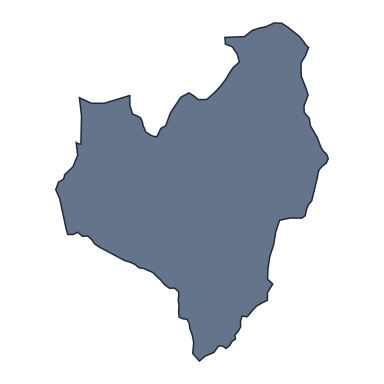 outline of Anurādhapura
{"feature_id": "LKA-2455", "entity_name": "Anurādhapura", "entity_type": "District", "adm_level": 1, "iso_a3": "LKA", "parent_name": "Sri Lanka", "parent_adm1": "", "projection": "natural_earth1", "projection_center": [80.531, 8.366], "detail": "fine", "context": "isolated", "style": "filled", "palette": "slate", "viewbox_px": 384, "rotation_deg": 0, "n_neighbors": 0, "source": "natural_earth", "source_scale": "10m", "svg_char_len": 1817}
<svg xmlns="http://www.w3.org/2000/svg" viewBox="0 0 384 384"><path d="M311.7,200.9L308.2,205.0L306.3,210.4L305.2,215.7L301.8,218.1L290.1,218.0L279.6,220.3L275.7,232.1L273.6,244.9L269.8,256.5L268.0,268.5L267.5,279.2L272.8,284.0L267.6,292.3L267.3,300.4L261.8,303.0L256.8,305.9L253.3,309.4L248.2,315.6L246.7,316.9L244.7,316.3L242.0,316.3L240.5,321.2L240.6,326.9L238.1,331.4L234.7,335.4L235.3,336.8L235.4,339.0L233.7,340.2L231.9,341.6L229.9,345.3L226.0,348.5L222.8,346.1L218.6,345.9L213.9,352.4L205.0,356.2L199.4,361.0L192.7,353.5L193.7,342.9L192.4,335.6L189.9,328.5L189.2,323.4L187.0,319.2L182.8,318.8L179.1,317.0L178.6,311.7L179.0,306.1L178.2,299.6L178.7,295.7L178.6,291.8L174.6,288.1L169.6,288.3L164.8,284.9L160.5,279.8L152.6,272.4L143.8,268.5L138.9,267.7L135.0,264.4L129.9,262.1L124.7,260.6L100.4,247.7L94.7,244.0L91.7,239.6L87.8,236.0L82.5,236.3L77.7,232.2L73.3,234.5L67.8,234.5L66.2,229.1L59.6,198.2L55.7,189.6L58.6,182.0L63.1,179.6L64.3,176.9L64.6,174.7L72.9,166.9L77.7,155.2L76.2,142.5L78.4,143.8L80.9,144.1L81.5,115.7L79.4,97.7L91.1,103.2L104.1,103.3L129.8,95.5L129.9,105.5L132.6,114.1L136.6,115.7L140.5,117.7L142.2,121.5L143.2,125.7L146.0,132.2L151.5,135.6L154.3,136.5L156.9,136.7L160.9,128.3L165.6,125.9L170.5,112.7L180.9,97.1L189.0,92.9L193.8,95.9L198.3,99.6L206.7,99.5L213.8,93.3L220.4,86.4L226.2,78.6L229.4,73.0L233.1,67.7L239.4,62.0L237.2,54.1L232.3,46.8L225.4,44.1L224.9,37.4L244.6,36.6L252.2,30.4L259.2,28.1L266.4,26.6L273.9,23.0L281.6,23.2L288.4,27.6L299.9,36.9L303.9,42.0L306.1,45.3L308.6,47.5L305.5,55.5L301.0,63.1L301.2,76.2L306.1,88.6L308.1,95.0L304.0,106.0L304.2,112.3L306.5,115.2L309.3,118.3L310.4,125.7L317.3,137.6L321.1,147.8L323.4,151.3L326.5,154.0L328.3,158.7L326.1,163.3L322.3,166.1L319.1,169.8L318.0,173.5L317.4,177.3L311.7,200.9Z" fill="#64748b" stroke="#1e293b" stroke-width="1.5"/></svg>